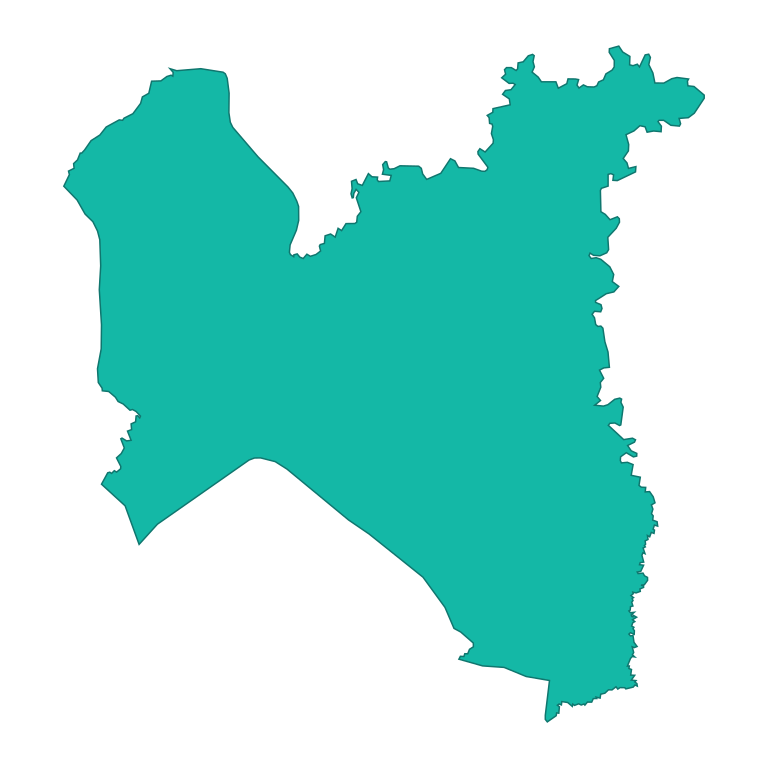 Nam Kliang, Si Sa Ket, Thailand (Mercator projection)
{"feature_id": "78962969B29534928610541", "entity_name": "Nam Kliang", "entity_type": "district", "adm_level": 2, "iso_a3": "THA", "parent_name": "Thailand", "parent_adm1": "Si Sa Ket", "projection": "mercator", "projection_center": [104.559, 14.911], "detail": "fine", "context": "isolated", "style": "filled", "palette": "teal", "viewbox_px": 768, "rotation_deg": 0, "n_neighbors": 0, "source": "geoboundaries", "source_scale": "gbopen_adm2", "svg_char_len": 6032}
<svg xmlns="http://www.w3.org/2000/svg" viewBox="0 0 768 768"><path d="M657.1,521.7L652.7,520.1L653.2,515.9L651.5,513.8L652.9,509.1L651.4,504.9L655.0,502.8L653.2,496.8L649.6,491.6L645.2,491.9L645.7,487.4L641.3,487.2L639.0,485.4L640.3,477.2L631.2,475.3L633.1,464.6L627.4,462.3L621.4,462.9L620.3,460.5L620.6,456.8L626.3,452.7L633.4,456.9L636.7,456.1L636.8,453.4L631.2,450.8L627.6,445.5L634.5,442.1L635.5,439.8L632.5,438.2L623.7,439.6L608.3,425.3L609.9,423.3L614.9,423.0L619.6,425.5L620.8,424.9L623.2,407.1L620.9,402.3L621.6,399.1L619.8,398.1L614.7,399.3L607.9,404.7L603.4,406.1L594.7,405.2L600.5,400.5L597.1,396.5L600.8,387.2L600.3,382.5L603.7,378.3L599.5,370.1L603.8,367.9L609.4,367.3L608.0,352.0L604.9,341.8L602.9,328.2L600.9,326.1L597.8,326.4L595.7,324.5L594.5,317.8L592.1,314.3L594.5,311.3L600.7,311.8L602.0,308.5L601.0,304.7L595.6,302.4L595.5,300.6L606.3,293.7L613.9,291.9L618.8,286.4L612.3,281.6L613.7,274.5L609.8,266.8L600.8,259.3L596.2,257.7L591.2,258.5L589.0,255.6L590.1,253.1L593.5,255.3L599.9,255.8L606.7,252.8L608.6,249.6L607.8,237.3L616.2,228.3L619.5,222.2L619.3,218.7L617.4,216.8L610.0,219.7L605.3,214.4L600.9,211.7L600.4,190.4L601.4,188.3L608.1,186.1L608.1,174.4L610.9,173.6L613.6,174.8L612.9,180.3L617.3,180.6L635.5,171.9L635.9,166.6L628.5,168.4L627.0,162.9L623.2,158.5L628.4,150.9L628.7,144.5L626.0,134.7L634.0,130.9L639.9,125.7L645.1,126.8L647.1,132.2L653.6,131.0L661.1,131.7L661.4,126.2L658.0,121.6L659.1,120.3L663.7,120.3L670.9,125.3L679.4,126.1L680.6,123.8L679.1,118.4L688.3,117.7L694.3,113.2L704.2,98.3L704.2,95.1L694.0,86.5L687.9,85.8L687.4,81.1L688.6,79.0L677.0,77.5L671.8,78.7L663.8,83.1L654.9,83.0L652.9,73.0L648.8,64.6L650.4,57.4L648.7,54.2L645.2,54.9L639.5,66.9L637.3,64.2L633.0,65.7L629.6,64.8L629.9,56.4L622.7,52.0L618.8,46.1L609.4,48.7L609.2,52.3L614.3,60.4L614.2,67.0L612.1,70.1L605.9,73.9L603.4,79.8L598.6,82.0L596.9,85.7L594.1,87.0L587.4,86.8L583.4,84.9L579.0,88.0L577.0,85.1L578.6,79.6L575.4,79.0L568.0,78.9L566.8,83.7L558.3,88.2L555.9,81.8L541.4,81.8L538.2,77.1L532.1,72.1L534.4,66.8L533.0,61.6L534.2,55.7L532.6,54.4L528.3,55.8L523.2,61.8L518.1,62.9L517.6,68.9L516.1,70.5L511.3,67.6L506.5,67.6L504.5,69.7L505.6,74.2L501.7,77.8L509.1,83.4L513.0,83.2L515.2,84.5L511.0,89.7L505.4,90.5L502.6,94.3L509.3,98.9L510.2,104.8L493.0,108.6L492.8,112.3L487.2,115.4L489.1,117.6L489.6,123.4L492.1,124.1L492.7,126.4L491.4,133.6L493.4,139.7L493.1,143.2L485.1,152.0L479.9,148.7L477.9,151.6L478.1,154.1L487.9,167.3L487.1,169.7L485.0,171.3L481.7,171.2L473.6,168.3L458.5,167.5L454.9,160.9L450.5,158.7L440.8,173.3L426.7,179.4L422.7,174.0L421.3,168.3L418.7,166.2L400.0,165.8L394.1,168.7L389.8,169.2L388.3,167.9L386.6,161.8L385.3,161.6L382.7,164.6L383.6,169.7L382.4,174.2L391.2,175.4L389.8,180.9L378.5,181.5L377.2,179.8L377.6,177.1L372.0,176.8L368.4,173.6L362.3,185.4L357.7,183.8L356.0,179.5L351.5,181.3L352.1,188.7L351.0,193.8L352.2,197.9L353.3,197.6L353.8,193.5L356.1,189.4L358.9,192.3L356.3,197.8L360.9,211.7L357.3,216.3L356.7,222.2L354.9,223.5L346.0,223.6L341.6,230.6L338.1,228.3L335.2,237.1L330.6,234.0L325.1,235.8L324.4,243.4L320.2,244.6L319.4,246.1L320.6,251.0L316.0,254.5L310.4,256.3L306.9,254.2L303.2,258.5L299.8,257.1L297.2,253.9L293.9,254.8L293.7,256.7L290.4,254.6L289.4,252.3L290.1,244.9L296.4,230.2L298.7,220.4L298.6,206.5L296.8,201.2L292.8,193.0L287.9,186.9L257.9,156.7L232.8,127.4L230.3,122.2L228.9,112.7L229.1,93.1L227.2,78.3L225.3,73.8L223.1,72.2L200.8,68.7L176.7,70.7L170.0,68.7L173.2,72.4L172.8,76.2L171.1,75.2L166.9,76.5L160.9,80.9L151.6,81.2L148.8,93.3L142.4,96.9L140.6,103.4L132.9,113.7L124.0,118.2L122.6,120.3L119.2,119.9L106.2,127.0L99.9,135.0L91.1,140.6L84.5,150.1L81.7,153.1L80.2,153.1L77.5,159.9L73.6,163.6L74.1,168.3L68.5,171.1L69.4,174.6L63.8,186.2L77.1,200.0L85.1,214.1L92.9,221.7L97.5,231.0L99.8,239.8L100.7,265.9L99.3,289.7L101.5,324.8L101.2,348.9L97.5,368.7L98.3,382.5L102.1,388.2L102.3,390.8L108.7,391.5L115.4,397.2L118.1,401.5L123.2,404.0L130.0,410.2L132.5,409.5L136.0,411.4L140.5,416.1L139.7,417.9L137.7,415.7L136.1,416.0L135.6,421.8L131.1,423.9L131.6,429.6L127.5,431.1L131.1,440.3L126.6,440.9L122.0,438.1L120.8,438.8L124.3,448.0L121.3,453.5L116.5,457.9L120.8,466.4L120.6,468.8L116.6,472.1L114.3,470.7L111.6,473.4L109.8,472.2L107.7,472.8L101.5,484.2L125.1,505.8L139.1,544.4L157.4,524.2L249.1,460.0L254.5,458.0L260.6,457.9L275.2,461.6L287.0,469.1L348.6,520.0L369.1,534.0L423.0,577.2L445.0,607.4L454.0,628.4L460.7,632.0L473.3,643.0L473.4,646.8L469.5,649.3L467.7,653.8L464.8,653.7L463.9,656.5L460.4,656.3L458.9,659.2L482.6,665.9L504.1,667.4L526.2,676.5L549.5,680.5L545.3,715.3L545.3,719.4L547.3,721.9L556.2,715.7L556.6,712.9L558.8,713.2L559.4,706.8L557.4,705.2L559.1,704.0L561.4,704.9L561.8,701.6L567.7,702.5L572.3,706.4L572.8,704.1L574.5,705.4L578.7,703.8L581.2,705.0L584.0,704.0L584.9,705.1L587.4,702.1L591.7,702.1L593.3,698.6L596.7,698.5L596.1,697.1L600.1,698.1L600.7,694.2L604.9,693.2L608.5,689.8L612.0,689.9L616.0,686.8L617.8,689.1L620.0,687.6L624.8,687.7L625.8,688.9L633.2,687.1L635.0,685.0L637.3,686.1L636.9,683.6L634.8,681.9L636.0,680.6L631.3,680.1L634.7,675.3L630.7,675.1L631.5,669.5L628.9,668.5L629.3,666.0L627.4,666.1L630.5,658.4L632.3,656.5L634.7,656.9L632.4,654.8L633.7,652.5L632.2,646.8L634.2,647.6L637.1,646.5L634.0,642.3L633.0,635.5L630.5,635.9L628.9,634.1L630.4,632.7L634.2,634.3L634.4,630.7L633.0,628.8L633.9,627.3L631.6,626.0L632.8,622.7L634.8,621.6L632.5,619.7L636.6,617.2L633.2,615.3L633.0,616.8L631.8,616.5L631.2,614.9L634.2,612.3L630.4,612.7L628.9,610.9L630.2,610.1L630.5,606.6L632.9,606.0L631.7,602.2L633.0,600.6L632.1,598.4L633.5,597.6L630.9,595.6L633.2,593.7L632.8,592.2L636.1,592.9L640.3,591.4L639.9,589.0L643.6,587.4L643.5,585.9L641.0,585.2L644.4,584.7L647.6,580.3L647.5,577.4L644.5,575.8L643.0,573.1L638.1,573.6L637.2,572.0L640.8,571.3L643.6,565.2L639.5,564.7L640.2,562.6L643.7,562.1L641.9,555.3L642.9,552.8L645.0,553.7L643.1,548.0L645.3,546.9L644.4,545.6L645.6,544.2L645.1,540.9L648.0,539.5L647.4,535.5L649.7,536.8L651.3,532.4L654.0,533.4L654.5,530.1L653.1,529.2L654.4,525.1L657.7,526.1L657.1,521.7Z" fill="#14b8a6" stroke="#0f766e" stroke-width="1.5"/></svg>